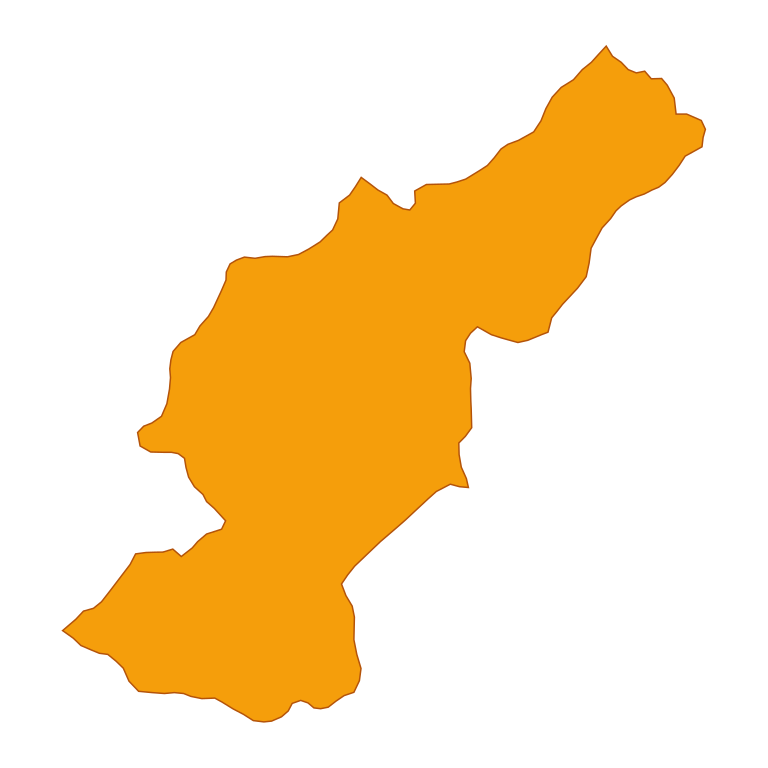 Catanduva, São Paulo, Brazil
{"feature_id": "56859067B89328127928865", "entity_name": "Catanduva", "entity_type": "district", "adm_level": 2, "iso_a3": "BRA", "parent_name": "Brazil", "parent_adm1": "São Paulo", "projection": "robinson", "projection_center": [-48.958, -21.13], "detail": "fine", "context": "isolated", "style": "filled", "palette": "amber", "viewbox_px": 768, "rotation_deg": 0, "n_neighbors": 0, "source": "geoboundaries", "source_scale": "gbopen_adm2", "svg_char_len": 2602}
<svg xmlns="http://www.w3.org/2000/svg" viewBox="0 0 768 768"><path d="M644.7,71.2L636.3,72.9L628.2,69.6L621.2,62.3L612.5,56.3L606.2,46.1L598.7,54.2L591.4,62.3L582.3,69.6L573.5,79.7L567.5,83.5L561.2,87.4L552.2,97.2L545.9,108.6L541.0,120.8L533.7,131.9L518.4,140.4L507.9,144.3L501.0,149.0L494.3,157.7L487.4,165.5L479.7,170.5L465.7,179.1L456.9,182.0L449.2,184.0L439.6,184.2L426.4,184.5L414.7,191.0L415.4,203.2L409.8,210.0L402.9,208.8L393.3,203.5L387.0,195.1L377.9,190.0L370.4,184.2L361.2,177.4L355.4,186.7L349.6,195.1L339.3,202.9L337.8,218.9L332.6,230.0L327.2,235.0L320.1,241.9L308.8,249.0L298.5,254.5L287.5,256.8L272.3,256.3L265.0,256.6L255.1,258.3L244.4,257.1L236.4,260.1L230.1,263.9L226.3,272.0L226.0,280.1L221.2,291.2L213.6,307.6L208.4,316.5L200.0,325.9L194.8,334.7L180.8,342.5L173.1,351.4L170.9,359.9L169.8,368.8L170.5,377.7L169.5,389.1L166.9,403.7L161.5,416.3L151.9,423.0L143.7,426.2L137.6,432.5L140.1,446.0L150.7,452.0L164.1,452.3L171.4,452.3L178.2,453.6L184.5,458.3L186.0,467.4L188.6,477.1L194.4,486.7L203.0,494.5L206.6,501.6L214.3,508.4L225.6,520.8L221.6,529.2L206.6,534.0L197.7,541.6L192.3,547.9L181.3,556.5L172.8,549.1L162.9,552.1L155.9,552.2L146.0,552.5L135.6,553.9L130.1,564.5L110.4,590.4L101.5,601.8L93.5,608.3L83.5,611.1L75.9,619.2L62.6,630.6L73.3,638.2L80.9,645.5L91.6,650.1L99.4,653.3L107.8,654.4L116.1,661.2L123.3,668.2L129.0,681.2L138.6,691.3L152.2,692.6L164.4,693.5L174.3,692.6L183.6,693.5L190.9,696.4L201.8,698.6L214.8,698.1L222.1,702.1L233.1,708.9L243.4,714.3L253.3,720.6L263.9,721.9L271.6,721.1L281.5,716.8L288.2,711.0L292.2,703.4L300.7,700.4L308.0,702.9L313.9,707.9L320.6,708.7L328.2,707.2L335.9,701.2L344.1,695.6L353.9,692.3L359.4,680.7L361.0,668.5L356.8,654.4L353.9,639.7L354.2,625.7L354.4,617.1L352.2,606.1L345.9,595.6L341.5,584.0L347.6,575.0L354.7,566.1L380.4,541.6L397.3,527.1L405.4,520.0L414.5,511.5L427.8,499.1L436.3,491.5L450.3,484.2L459.5,486.7L468.4,487.5L466.4,478.6L461.3,467.2L459.1,454.6L458.8,443.0L465.4,436.3L471.7,427.7L471.2,409.1L470.8,400.7L470.5,388.6L471.2,378.5L469.8,363.2L464.2,351.7L465.6,340.7L470.5,333.2L477.4,326.8L491.4,334.7L501.3,337.9L508.8,340.0L517.9,342.5L527.8,340.3L541.4,334.7L548.0,332.2L551.7,317.8L557.2,311.1L562.5,304.3L577.5,288.2L586.2,276.7L589.1,263.1L591.1,248.2L596.1,238.9L602.1,227.9L610.6,218.6L616.0,210.8L621.2,205.9L629.6,199.9L636.2,196.8L644.3,194.0L652.0,190.0L658.7,187.2L665.0,182.5L672.3,174.4L679.2,165.3L685.2,156.1L693.0,151.8L702.0,146.8L703.1,137.4L705.4,129.3L701.3,120.5L686.7,114.1L676.1,114.1L674.2,98.0L667.2,85.1L661.6,78.5L651.3,78.8L644.7,71.2Z" fill="#f59e0b" stroke="#b45309" stroke-width="1.5"/></svg>